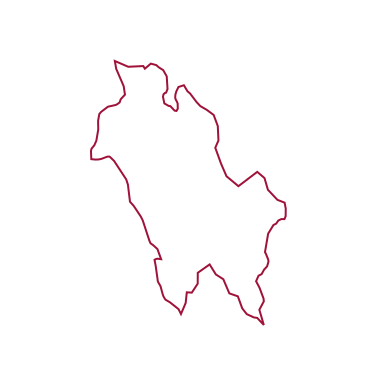 an SVG outline of Kuldigas, rotated 250°
{"feature_id": "LVA-5709", "entity_name": "Kuldigas", "entity_type": "Municipality", "adm_level": 1, "iso_a3": "LVA", "parent_name": "Latvia", "parent_adm1": "", "projection": "equal_earth", "projection_center": [22.002, 56.933], "detail": "fine", "context": "isolated", "style": "outline", "palette": "rose", "viewbox_px": 384, "rotation_deg": 250, "n_neighbors": 0, "source": "natural_earth", "source_scale": "10m", "svg_char_len": 1702}
<svg xmlns="http://www.w3.org/2000/svg" viewBox="0 0 384 384"><g transform="rotate(250 192 192)"><path d="M67.5,222.8L64.7,222.1L58.3,215.0L42.5,214.0L51.4,210.2L53.0,207.2L58.5,201.7L65.5,199.4L78.3,199.4L84.0,192.4L99.3,191.6L106.4,186.2L117.9,183.8L114.1,169.8L103.9,166.0L97.5,157.4L99.5,152.8L89.9,148.1L81.1,139.9L86.5,139.3L95.8,133.6L100.0,130.2L103.4,129.5L106.3,129.5L114.2,130.2L119.5,129.3L134.9,132.6L141.1,133.6L141.3,135.1L141.2,136.6L139.4,140.0L150.2,140.0L155.2,137.4L158.0,135.5L160.9,135.3L182.2,136.0L186.4,135.5L198.8,132.5L204.1,130.4L220.8,134.3L226.3,134.5L247.9,129.4L253.4,126.7L253.9,125.5L254.2,124.1L254.1,118.4L254.3,116.9L254.5,115.5L255.4,112.6L257.3,108.6L265.1,111.1L267.1,112.4L269.4,116.3L273.0,119.7L282.8,125.3L291.0,128.1L297.0,131.6L298.4,134.1L300.9,142.2L299.9,149.8L300.0,151.5L300.9,154.6L303.6,156.8L306.4,162.3L314.8,164.0L333.6,162.9L341.5,164.3L331.5,174.9L327.0,189.3L324.0,189.9L326.7,197.2L323.5,201.8L320.4,203.5L316.4,206.6L309.3,207.8L297.1,204.2L294.2,201.6L294.3,200.3L293.5,198.6L291.4,197.3L284.7,196.3L280.8,199.6L280.1,201.0L274.4,203.5L273.5,205.1L275.1,207.1L280.1,208.8L282.3,208.7L284.6,208.3L286.5,208.5L289.2,209.7L291.8,211.6L295.3,215.2L295.1,220.9L288.2,222.2L285.2,223.9L275.1,227.0L269.9,229.2L264.1,234.0L257.0,238.7L245.2,238.8L231.4,234.5L225.6,229.0L208.4,229.0L195.0,229.8L181.6,237.6L188.6,260.2L180.3,264.9L168.1,264.1L155.4,269.6L150.3,275.4L144.3,274.4L137.2,271.7L134.9,269.6L136.0,266.8L135.7,263.4L133.5,260.3L133.1,257.2L126.8,249.3L110.5,240.0L108.7,240.3L102.5,240.5L100.5,240.1L96.4,237.1L94.4,233.2L91.0,229.3L90.6,225.9L86.2,221.7L78.9,222.7L67.5,222.8Z" fill="none" stroke="#9f1239" stroke-width="2"/></g></svg>